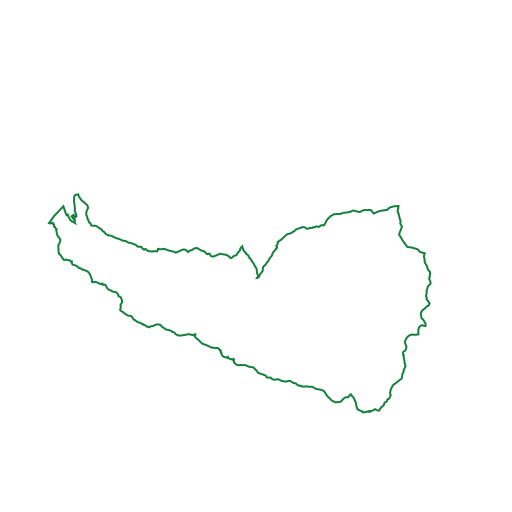 outline of Leresti, Arges, Romania, rotated 124°
{"feature_id": "2599482B20618931302100", "entity_name": "Leresti", "entity_type": "district", "adm_level": 2, "iso_a3": "ROU", "parent_name": "Romania", "parent_adm1": "Arges", "projection": "robinson", "projection_center": [25.045, 45.399], "detail": "fine", "context": "isolated", "style": "outline", "palette": "green", "viewbox_px": 512, "rotation_deg": 124, "n_neighbors": 0, "source": "geoboundaries", "source_scale": "gbopen_adm2", "svg_char_len": 6081}
<svg xmlns="http://www.w3.org/2000/svg" viewBox="0 0 512 512"><g transform="rotate(124 256 256)"><path d="M255.7,272.8L258.4,273.2L260.9,272.4L262.9,272.9L266.1,272.7L269.0,274.7L270.4,274.8L271.8,275.6L272.0,276.0L271.5,277.7L271.6,281.0L274.2,287.1L277.6,289.1L280.0,290.8L280.9,291.9L281.2,293.8L280.0,295.6L280.1,296.0L281.6,297.3L281.8,298.1L281.1,301.5L282.1,304.7L282.3,309.4L284.3,311.4L286.3,312.2L290.0,314.7L290.6,314.6L290.2,318.1L291.5,320.2L298.2,324.4L298.2,326.0L300.1,331.0L301.3,335.7L301.8,336.7L303.6,338.5L304.5,340.1L304.4,340.6L305.1,341.2L306.5,340.5L307.6,340.7L309.1,343.4L310.4,344.6L312.1,348.0L312.3,349.3L311.9,351.1L312.2,351.9L313.3,352.2L313.3,352.7L313.4,353.9L312.5,356.3L314.4,359.2L314.0,361.8L315.4,367.7L316.3,369.1L316.4,372.5L318.0,375.4L318.0,377.0L319.9,384.1L319.9,386.2L320.5,388.2L321.6,390.3L321.7,392.5L321.5,393.8L320.9,395.3L321.2,396.6L320.2,399.7L320.6,401.0L320.4,404.0L320.8,406.2L322.7,409.0L322.7,409.7L321.4,411.7L321.6,412.9L321.4,413.4L319.7,415.4L319.6,416.4L317.7,418.0L317.0,419.6L314.1,421.4L310.0,422.1L308.2,424.2L307.4,431.7L305.6,436.5L304.3,437.7L305.9,439.5L307.2,440.2L308.4,440.0L312.2,437.6L317.7,432.8L319.7,431.6L321.1,430.0L322.0,428.4L323.5,427.0L325.2,427.5L325.1,428.6L324.6,429.0L324.9,429.1L324.2,430.4L326.2,431.1L327.3,428.3L327.2,426.5L327.8,426.0L329.2,426.2L329.3,425.4L329.7,425.5L329.9,425.0L330.3,427.8L329.9,430.2L328.8,432.6L326.9,435.2L328.0,435.7L327.8,436.5L322.5,443.5L335.6,445.7L344.5,446.0L344.2,444.9L342.1,443.2L343.0,442.0L342.7,441.2L344.6,440.0L344.4,438.6L345.9,436.5L345.5,436.2L347.2,435.2L350.1,432.0L351.5,427.8L352.1,427.1L356.3,425.8L357.1,426.0L358.0,425.7L363.4,421.6L364.5,420.1L364.4,419.1L366.7,413.3L366.4,412.4L365.4,411.8L363.6,407.2L364.3,406.0L363.7,405.4L364.6,405.1L365.7,403.3L364.6,399.6L364.6,397.6L365.1,396.1L364.4,394.8L364.2,393.3L364.5,392.6L364.0,391.7L363.0,387.5L363.2,385.5L363.8,383.8L366.9,379.3L369.3,377.1L369.3,376.8L368.4,376.4L368.0,375.4L367.3,374.9L366.4,371.6L366.7,370.6L365.9,369.3L365.9,367.9L365.6,367.6L364.9,367.8L365.1,366.1L364.1,364.9L365.8,361.6L366.3,359.5L365.8,357.6L365.6,354.9L364.4,352.1L364.3,351.0L364.5,350.0L365.1,348.6L366.2,347.5L366.3,346.9L365.8,346.0L365.9,344.7L368.0,342.1L369.2,341.2L372.4,340.9L374.3,339.3L376.4,338.7L376.9,338.1L377.1,336.3L376.8,335.2L377.1,333.5L377.1,329.7L376.9,328.6L375.7,326.2L375.8,324.8L377.1,321.7L376.7,320.0L377.1,318.8L376.7,315.7L376.1,314.8L376.1,312.6L375.6,311.5L376.0,310.8L375.4,309.3L375.6,306.8L374.7,305.1L374.7,304.5L373.4,304.2L371.9,302.5L368.9,300.6L367.5,299.1L366.6,296.9L367.2,294.1L367.2,288.9L366.5,287.9L365.7,285.5L365.5,283.7L365.7,283.1L365.1,280.9L365.7,279.0L365.5,276.4L364.0,273.8L358.5,268.1L357.6,266.2L357.2,264.5L354.8,262.5L355.4,262.1L356.8,262.0L357.3,261.0L357.9,255.5L358.2,254.8L358.7,251.3L357.6,247.2L356.7,241.4L355.7,239.9L355.5,238.8L353.8,236.5L353.7,235.8L353.8,234.3L354.2,233.8L354.0,233.0L354.4,232.7L354.4,232.2L354.9,232.1L355.4,230.8L356.0,230.8L357.6,227.7L357.6,226.2L356.8,224.4L356.7,223.2L355.7,222.8L356.4,222.5L355.6,219.0L355.2,218.0L354.9,218.1L354.4,217.1L353.9,216.9L354.5,216.1L355.6,215.8L356.6,214.5L357.0,211.3L356.1,208.9L354.9,207.9L353.8,205.6L352.4,204.0L351.8,200.1L349.8,195.8L350.8,191.2L351.7,188.9L349.7,181.2L350.6,179.3L350.3,178.3L348.6,175.9L349.0,174.0L348.8,172.8L347.7,170.6L346.4,169.6L345.6,168.4L345.3,165.0L344.9,164.1L343.6,161.2L341.0,158.8L340.5,157.9L340.3,153.9L339.3,151.7L339.7,150.3L339.4,147.3L338.5,146.6L338.3,144.4L335.4,140.5L335.0,139.3L333.0,136.2L332.8,135.0L332.8,132.6L330.3,126.5L330.0,123.9L332.2,118.8L333.4,112.7L333.0,108.5L330.4,105.1L328.6,104.0L325.8,103.8L323.4,102.9L322.0,101.5L321.5,100.5L318.2,100.5L317.6,100.0L317.8,99.1L318.4,98.5L318.8,95.9L319.3,95.1L321.8,91.2L324.7,88.4L326.5,85.8L326.1,85.3L325.8,82.0L325.3,81.0L325.9,79.9L323.9,77.6L322.7,76.8L322.2,75.4L321.3,75.5L320.9,75.1L321.4,74.7L321.1,74.2L316.4,71.6L316.2,69.4L315.4,67.5L311.8,67.6L308.4,66.6L306.6,67.2L305.1,67.2L304.2,66.5L302.9,66.3L301.4,66.9L300.4,66.0L299.1,66.0L296.1,66.4L295.2,67.9L291.6,69.6L286.7,70.2L275.9,66.7L271.7,68.7L269.8,68.9L267.0,70.0L264.5,70.2L263.5,70.7L260.9,73.6L259.1,75.1L256.3,78.0L255.5,78.1L255.2,79.3L254.3,80.0L252.8,80.3L250.9,79.3L248.8,79.8L247.0,80.7L244.4,84.3L241.6,85.2L238.5,85.2L236.4,84.6L234.0,82.9L232.3,80.0L230.2,77.5L226.2,80.3L223.5,81.0L220.8,80.0L220.2,79.1L219.9,77.3L219.4,77.0L219.3,76.4L218.9,76.4L217.3,77.6L215.4,81.4L215.0,84.0L211.5,87.2L209.3,87.7L207.9,87.6L203.8,86.3L202.0,86.2L200.8,85.2L198.2,85.6L196.2,90.7L195.0,91.2L194.0,92.8L192.1,93.4L188.8,95.4L187.7,95.5L185.9,96.3L184.4,96.4L181.3,95.8L179.4,97.5L177.9,100.0L176.4,100.2L172.0,102.6L171.3,105.3L170.2,107.1L168.7,108.6L167.1,112.4L166.3,112.8L165.5,113.9L164.3,114.4L162.7,116.5L161.5,116.8L160.2,117.7L159.4,117.6L160.9,122.0L160.1,125.9L162.1,132.2L163.9,135.5L161.7,141.8L158.1,149.5L150.0,151.4L148.4,154.6L146.1,155.7L145.3,157.1L140.9,161.7L140.7,162.7L139.0,164.0L134.9,165.8L137.1,168.8L139.8,171.3L141.4,172.4L144.4,173.0L148.6,177.7L151.3,179.9L154.9,182.0L154.3,184.7L153.6,186.0L154.6,188.2L155.8,189.4L157.0,191.6L158.5,192.9L161.3,194.4L161.9,195.2L163.8,200.7L164.7,201.5L166.4,202.3L167.6,203.7L168.5,204.2L171.3,207.7L174.3,209.9L175.0,211.2L177.9,214.8L180.9,216.3L184.9,217.2L188.3,217.3L189.6,216.9L192.6,216.8L193.6,218.8L196.9,220.3L197.7,222.6L199.4,223.5L200.1,224.6L201.2,225.0L202.6,227.0L204.7,228.5L205.1,229.6L204.9,231.2L205.9,233.5L211.6,237.7L213.1,237.9L217.8,239.9L220.8,242.5L228.7,244.3L230.3,245.2L232.2,245.4L232.3,245.7L234.2,244.7L236.3,244.8L236.7,243.7L237.4,243.2L238.8,243.6L239.5,243.2L241.0,243.7L244.1,243.8L247.2,243.0L250.0,243.4L253.4,243.0L255.9,243.4L257.1,243.1L260.6,243.9L261.4,243.9L264.7,242.1L268.3,242.4L271.8,242.0L273.3,242.4L273.7,242.9L271.8,242.9L270.4,244.2L269.5,245.7L266.7,247.9L265.8,249.1L265.2,250.9L263.3,254.3L263.0,255.7L261.5,258.6L261.3,260.4L259.9,262.8L259.7,263.6L259.9,265.1L259.2,265.9L258.9,267.7L258.0,270.2L255.7,272.8Z" fill="none" stroke="#15803d" stroke-width="2"/></g></svg>